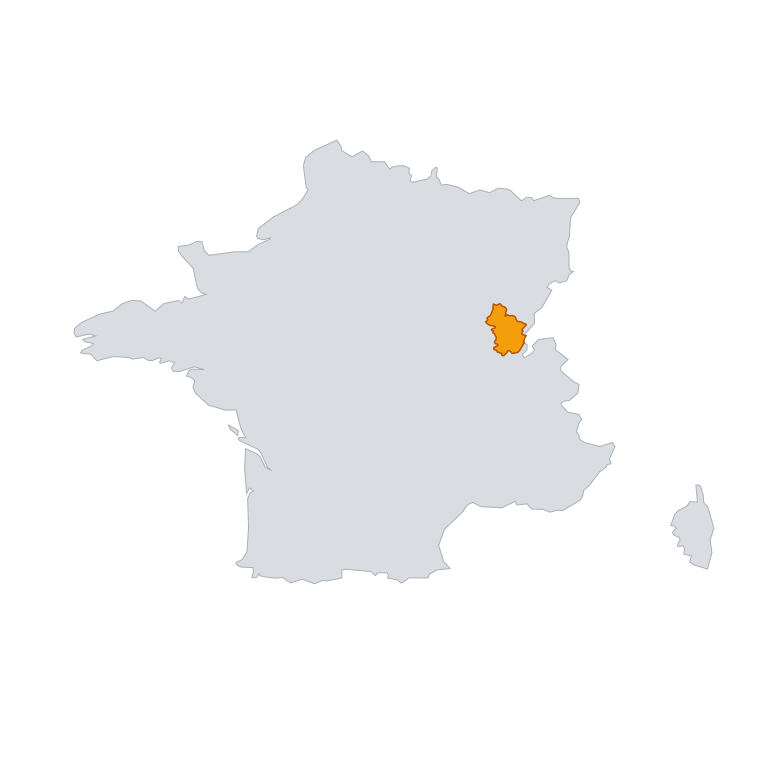 Jura highlighted on a map of France, rotated 348°
{"feature_id": "FRA-5312", "entity_name": "Jura", "entity_type": "Metropolitan department", "adm_level": 1, "iso_a3": "FRA", "parent_name": "France", "parent_adm1": "", "projection": "robinson", "projection_center": [5.636, 46.776], "detail": "fine", "context": "in_parent", "style": "filled", "palette": "amber", "viewbox_px": 768, "rotation_deg": 348, "n_neighbors": 0, "source": "natural_earth", "source_scale": "10m", "svg_char_len": 6565}
<svg xmlns="http://www.w3.org/2000/svg" viewBox="0 0 768 768"><g transform="rotate(348 384 384)"><path d="M592.7,313.3L587.8,315.6L584.8,320.3L581.7,321.4L575.9,321.5L573.2,318.5L566.4,320.4L563.6,323.4L567.7,327.1L554.2,342.2L545.6,346.2L543.8,356.0L533.6,363.4L529.8,371.1L529.5,372.7L532.1,375.2L531.0,380.3L525.8,383.6L525.9,386.8L527.3,387.3L535.2,384.7L538.3,381.7L536.7,377.6L544.6,372.6L558.9,373.8L560.6,380.5L558.8,386.1L569.1,398.3L560.2,404.0L559.7,407.7L568.9,420.0L574.7,425.1L571.7,433.3L562.0,438.6L555.8,438.2L553.1,439.5L553.4,442.0L557.7,449.6L568.3,454.4L569.9,460.1L567.0,462.2L562.2,470.8L564.3,475.1L563.5,476.9L564.6,479.8L567.4,482.7L582.1,490.0L595.3,488.7L597.0,492.9L589.0,504.2L589.5,509.2L585.4,509.3L584.7,511.0L576.5,514.8L563.4,526.2L557.2,529.5L554.8,535.3L551.2,538.6L532.2,545.1L528.6,543.6L519.4,543.8L513.6,539.7L502.5,537.0L498.9,531.0L488.6,529.9L488.1,525.9L473.5,529.6L453.2,524.1L446.1,518.2L440.2,519.7L434.9,525.0L412.8,538.9L403.9,553.2L405.4,570.0L410.3,578.2L396.9,576.9L388.9,579.4L386.8,582.9L367.9,578.8L360.8,582.2L358.9,582.0L356.5,578.5L347.2,574.5L348.7,571.7L347.5,569.3L338.8,567.3L335.7,569.7L332.5,564.8L308.1,557.2L304.1,557.3L302.4,564.9L286.6,564.7L284.4,563.3L274.2,564.9L263.5,557.9L251.5,559.2L244.3,552.0L237.2,551.4L227.2,547.7L222.6,545.8L222.1,543.6L219.0,546.9L215.3,546.2L214.5,545.2L217.0,541.1L217.7,536.4L205.2,533.0L202.0,529.6L202.0,527.8L208.8,526.2L215.1,519.7L221.7,496.1L226.7,468.2L230.0,463.0L233.9,461.5L230.9,457.7L226.9,462.7L230.1,437.3L235.2,418.4L245.4,426.1L247.8,429.5L250.5,440.7L256.3,445.5L252.6,440.9L249.3,425.9L247.0,421.6L230.8,409.1L230.3,406.2L237.6,407.7L234.9,398.3L233.9,378.6L223.8,376.7L208.0,368.3L197.4,353.2L196.4,347.6L199.5,341.6L197.1,337.8L192.5,335.2L196.3,330.1L199.6,329.6L211.1,332.5L201.8,327.7L186.4,329.3L180.3,327.6L179.4,324.1L183.7,319.5L178.7,316.6L169.9,317.3L168.8,316.1L171.6,312.8L169.4,311.6L162.2,312.9L158.1,311.8L154.5,308.1L142.9,307.3L140.4,305.1L124.6,300.8L107.9,301.6L103.6,294.1L93.6,290.5L95.7,288.2L106.0,286.0L108.1,283.9L100.8,280.8L98.4,277.7L112.0,277.0L106.0,273.8L92.8,274.0L91.3,269.6L93.2,265.0L101.1,260.9L120.4,256.5L134.3,256.3L144.4,251.1L154.2,249.7L163.3,252.2L175.3,265.2L185.5,259.5L200.3,259.6L203.2,262.9L207.4,257.0L210.5,260.4L228.7,259.3L224.6,257.0L221.4,251.5L221.4,231.2L212.7,216.5L210.6,211.2L211.3,206.7L222.1,207.5L231.1,205.5L235.3,206.9L236.0,216.3L239.6,221.8L264.4,223.5L278.7,226.4L290.9,221.1L302.3,218.7L303.2,217.4L296.7,217.9L290.8,215.6L290.1,213.1L293.4,205.7L310.8,197.5L336.2,190.6L342.8,186.1L350.4,177.9L348.8,175.9L350.5,153.6L354.4,146.3L364.1,141.0L388.5,135.7L391.4,142.8L391.2,146.8L397.5,153.0L400.7,155.0L411.4,151.6L416.4,157.4L417.8,164.0L430.7,166.7L434.3,175.3L436.7,173.4L444.7,173.8L448.5,174.5L453.7,178.2L452.1,183.4L454.3,185.8L452.0,190.5L453.6,192.6L468.4,192.6L472.9,190.4L474.9,185.7L479.4,182.9L481.1,183.8L478.2,192.6L480.3,194.9L481.3,201.4L486.9,201.8L497.8,207.0L506.9,215.5L518.3,214.1L527.2,218.8L536.5,216.3L545.2,219.0L548.2,221.4L556.4,233.4L562.7,231.0L567.1,232.4L568.6,235.8L585.2,233.8L588.3,237.1L591.7,238.4L612.9,242.9L613.2,247.3L601.1,260.1L596.0,278.3L592.4,284.5L591.1,289.3L592.2,292.4L591.6,297.3L589.1,309.2L590.6,312.6L592.7,313.3ZM673.1,558.9L672.2,566.5L675.3,572.0L676.7,593.8L670.6,604.3L669.7,617.1L662.0,632.3L649.6,625.5L645.9,621.8L649.1,616.0L642.0,612.8L643.6,607.2L642.8,604.4L637.8,604.1L637.5,602.6L641.1,598.3L641.0,595.6L636.2,592.2L635.2,589.2L639.8,585.8L637.7,582.8L635.1,582.0L641.2,572.1L645.4,569.1L655.0,566.3L658.8,562.6L665.2,564.6L666.2,563.7L668.0,547.9L670.2,547.7L672.3,549.8L673.1,558.9ZM231.8,399.4L230.2,403.9L224.1,396.2L223.4,391.9L231.8,399.4Z" fill="#d9dde1" stroke="#a8b0b8" stroke-width="1"/><path d="M532.7,366.1L533.0,366.4L531.5,368.0L530.1,370.1L529.7,370.5L529.5,370.8L529.5,371.1L529.6,371.3L529.7,371.5L529.7,372.1L529.8,372.4L529.7,372.7L529.3,373.1L529.5,373.2L527.8,374.8L527.5,375.2L527.2,375.7L525.8,376.9L525.6,377.2L525.1,378.0L524.9,378.2L524.7,378.3L524.3,378.5L524.1,378.8L523.9,379.1L523.6,379.4L522.2,380.5L521.8,380.7L521.4,380.8L520.5,380.9L516.0,380.7L515.6,380.6L515.3,380.4L515.2,379.9L515.2,379.6L515.0,379.1L514.6,378.6L512.7,377.1L511.8,377.5L511.7,377.6L511.3,378.1L511.2,378.2L510.9,378.4L510.8,378.5L510.7,378.7L510.5,379.0L510.4,379.2L510.3,379.3L510.1,379.4L509.7,379.4L509.3,379.5L509.2,379.7L508.9,380.1L508.7,380.3L507.7,380.7L507.4,380.9L507.3,381.1L507.1,381.2L506.9,381.2L505.8,380.9L505.5,380.7L505.3,380.4L505.3,379.9L505.3,379.5L505.4,379.1L505.5,378.7L505.5,378.4L505.3,378.2L504.4,378.1L504.1,377.9L503.5,377.2L503.0,377.0L502.1,376.8L501.7,376.6L501.4,376.1L501.2,375.5L501.1,375.0L501.0,374.6L500.5,374.2L500.2,374.0L499.2,373.7L498.8,373.1L498.8,371.3L499.7,370.9L502.6,370.3L503.0,370.1L503.3,369.8L503.4,369.5L503.4,369.1L503.1,368.6L502.7,368.4L501.6,367.9L501.4,367.7L501.2,367.5L501.0,367.1L500.8,366.6L500.9,366.0L501.0,365.5L501.2,365.1L501.4,364.9L502.2,364.6L502.5,364.4L502.7,364.1L502.9,363.8L502.9,363.3L503.0,363.0L503.2,362.6L503.4,362.3L503.4,361.7L503.3,360.8L502.5,358.0L502.2,357.4L501.5,356.9L501.2,356.5L501.3,356.1L501.8,355.5L501.9,355.2L501.8,354.9L501.4,354.5L500.9,354.3L500.6,354.0L500.4,353.7L500.4,353.2L500.7,352.9L501.0,352.7L501.5,352.6L504.0,352.3L504.3,352.1L504.6,351.8L504.7,351.4L504.9,351.1L504.8,350.9L504.3,350.6L503.4,350.4L503.1,350.2L502.7,349.8L502.3,349.5L501.7,349.3L501.2,349.3L500.5,349.0L499.6,348.5L497.4,346.4L496.3,344.5L497.1,344.0L498.4,343.4L498.7,343.2L498.8,342.8L498.8,342.4L498.6,342.1L498.5,341.7L498.4,341.3L498.5,341.0L498.7,340.7L499.0,340.5L499.9,340.2L500.4,339.8L501.1,339.6L501.8,339.4L502.2,339.0L502.7,338.5L506.0,333.8L506.3,333.2L506.5,331.8L507.5,328.8L507.7,328.6L508.2,329.1L510.0,330.1L510.6,330.2L511.3,330.2L513.3,329.7L514.0,329.7L514.7,330.0L515.0,330.6L515.5,332.0L515.7,332.4L518.1,333.8L519.3,335.8L519.4,336.2L519.4,336.7L519.3,337.2L519.1,337.6L518.8,338.0L518.2,338.5L517.9,338.8L517.8,339.3L517.9,340.2L517.8,340.6L517.5,340.9L516.9,341.5L516.7,341.9L516.7,342.3L516.9,342.6L517.1,342.8L517.5,342.8L517.8,342.7L518.5,342.1L519.0,341.9L519.4,342.2L520.3,343.1L523.5,343.7L524.9,344.3L525.4,344.7L525.9,345.4L526.3,346.1L526.6,346.8L526.7,348.8L527.1,349.5L528.0,350.8L528.4,351.0L528.9,351.1L529.9,351.1L530.3,351.3L535.5,355.4L534.9,356.2L530.7,359.0L530.4,359.3L530.3,359.7L530.4,360.1L530.9,360.8L531.0,361.2L530.9,361.4L529.8,362.3L529.5,362.7L529.2,363.1L529.5,363.9L530.5,364.9L531.8,365.8L532.7,366.1Z" fill="#f59e0b" stroke="#b45309" stroke-width="1.5"/></g></svg>